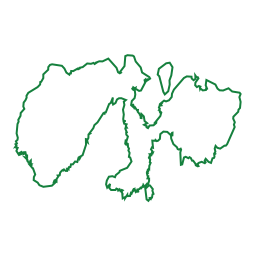 Banggai Kepulauan, Sulawesi Tengah, Indonesia
{"feature_id": "22746128B2571336805106", "entity_name": "Banggai Kepulauan", "entity_type": "district", "adm_level": 2, "iso_a3": "IDN", "parent_name": "Indonesia", "parent_adm1": "Sulawesi Tengah", "projection": "albers", "projection_center": [123.185, -1.399], "detail": "fine", "context": "isolated", "style": "outline", "palette": "green", "viewbox_px": 256, "rotation_deg": 0, "n_neighbors": 0, "source": "geoboundaries", "source_scale": "gbopen_adm2", "svg_char_len": 5841}
<svg xmlns="http://www.w3.org/2000/svg" viewBox="0 0 256 256"><path d="M127.5,55.2L125.3,56.1L124.5,66.1L120.2,71.7L121.0,72.6L119.8,73.3L118.1,72.3L116.5,67.8L108.3,58.6L102.5,61.4L99.3,61.3L95.2,62.9L96.1,63.0L94.6,64.0L93.6,62.9L91.0,63.8L87.2,63.5L82.7,67.1L79.4,67.8L78.9,68.3L79.4,67.9L80.3,67.7L79.7,68.5L78.0,69.3L77.5,69.1L78.3,68.2L73.2,71.1L71.2,71.0L70.9,73.3L70.2,73.2L69.4,74.7L66.4,72.6L64.4,68.5L61.9,65.8L52.1,64.3L50.0,64.9L48.3,67.1L48.2,69.7L43.3,74.4L43.3,78.1L41.2,81.8L40.3,82.0L40.1,84.5L37.6,87.1L28.3,92.8L26.5,95.8L26.6,97.7L25.4,100.3L23.7,102.5L23.3,106.5L24.3,108.9L20.7,113.0L20.5,115.9L18.3,119.8L18.6,121.7L17.5,124.0L16.6,133.5L17.8,137.7L17.5,139.8L15.9,141.3L16.9,143.5L15.5,144.2L16.3,145.4L15.4,146.8L16.5,146.4L16.5,147.9L17.6,148.0L16.4,150.9L19.0,155.0L20.7,154.3L19.5,153.0L21.5,151.9L22.3,153.1L23.3,152.6L23.4,154.2L24.6,153.5L23.5,152.8L23.7,152.3L25.4,152.2L26.0,155.1L27.1,155.4L27.1,157.4L24.9,157.2L27.4,159.8L28.2,159.6L27.2,160.2L27.5,161.2L30.5,164.5L30.0,163.1L30.4,163.1L30.2,161.1L30.8,160.5L30.8,164.1L31.6,164.2L30.9,165.1L32.1,166.0L30.2,165.4L32.7,168.4L32.8,167.7L35.2,174.5L33.9,177.0L33.7,180.1L37.7,182.6L39.4,185.2L43.4,186.8L51.9,185.7L55.7,182.2L54.9,181.2L54.0,181.6L54.4,180.5L55.1,180.1L56.5,181.3L56.6,179.0L58.4,176.3L57.8,175.5L59.7,175.2L60.2,172.5L62.1,170.4L63.0,169.9L62.9,170.5L63.9,170.8L63.2,170.1L64.0,169.5L65.6,170.9L67.1,170.9L67.1,169.7L68.2,169.6L67.4,168.6L68.7,168.4L69.3,166.3L69.4,167.2L70.4,167.0L71.0,164.3L72.9,164.3L75.1,161.5L77.3,162.0L78.6,157.5L79.2,157.1L79.7,158.6L81.0,156.1L82.6,155.2L86.0,144.8L85.9,139.1L86.8,139.3L86.9,141.7L87.6,142.3L87.1,140.4L88.4,138.0L88.5,134.5L90.2,133.5L89.6,133.1L93.3,128.2L94.4,125.1L97.5,122.4L103.4,113.2L104.5,113.7L104.7,112.5L105.8,112.4L109.1,104.0L110.7,103.0L112.9,97.5L112.4,101.8L113.1,104.5L115.5,103.0L117.0,99.5L118.9,98.3L121.3,98.2L125.9,100.0L123.8,101.7L124.4,104.9L123.0,109.7L123.8,114.5L123.2,119.1L123.6,120.7L125.7,121.1L123.6,121.5L124.2,123.7L126.6,124.3L125.8,125.9L126.8,127.7L125.6,127.7L125.3,128.7L126.8,132.2L126.2,132.4L126.3,134.6L127.9,136.5L126.3,141.8L125.8,139.5L125.2,143.7L125.9,144.4L126.3,142.9L127.8,143.8L128.0,146.9L129.0,148.7L128.4,150.4L129.6,152.9L128.9,156.9L130.2,157.5L131.5,161.5L127.2,167.8L119.8,170.8L119.4,172.2L115.8,175.1L115.0,177.2L112.4,176.2L108.9,176.7L106.8,180.6L106.1,184.3L107.2,187.6L110.1,183.9L109.3,188.0L111.1,190.0L115.5,190.0L116.4,188.6L117.8,189.2L118.2,190.5L119.6,189.3L120.4,191.0L121.7,189.9L122.7,190.4L121.5,191.5L122.4,193.6L123.2,193.4L122.3,194.2L122.7,198.4L125.1,197.1L125.1,198.2L127.3,194.8L127.4,196.1L130.0,196.0L130.9,193.0L131.6,193.6L132.6,191.1L134.0,190.4L133.0,190.3L133.7,189.0L134.4,188.8L134.2,189.9L135.1,188.9L134.2,190.6L134.9,190.1L135.8,192.1L137.2,191.0L138.5,192.3L137.6,189.5L139.5,189.1L140.5,187.7L141.3,188.2L142.7,186.0L142.7,186.9L143.1,186.9L143.4,185.1L145.1,187.1L146.6,199.4L148.4,200.8L149.4,199.2L150.4,199.2L149.8,198.0L150.8,197.8L150.7,198.5L152.0,197.6L152.5,194.4L153.5,193.9L152.4,190.7L152.8,189.1L150.0,185.5L149.0,185.3L146.8,187.4L145.9,185.1L147.1,183.7L148.0,184.6L149.1,180.8L149.1,178.5L147.5,178.4L148.3,176.2L147.5,175.8L147.0,173.6L147.7,173.2L146.9,172.2L147.4,171.1L148.3,172.3L147.8,169.8L148.7,168.8L149.2,169.2L149.3,165.9L150.6,162.9L149.8,162.4L150.2,159.5L148.9,157.8L149.3,156.8L149.5,156.6L149.1,157.7L149.9,158.3L149.7,156.0L151.0,155.5L149.8,154.2L152.4,153.8L153.0,152.4L151.9,152.5L152.3,151.1L151.0,149.3L152.0,147.3L153.0,147.7L152.3,140.6L155.2,140.8L155.5,140.0L156.7,141.1L157.9,140.8L159.9,138.9L160.3,134.1L163.4,131.6L167.3,131.9L170.3,134.7L171.6,134.2L171.6,133.6L172.1,132.8L172.5,132.7L172.4,135.4L171.0,135.8L171.2,138.6L173.4,144.1L176.9,147.2L177.7,149.1L179.0,149.6L180.7,148.7L181.1,149.6L180.3,152.5L180.9,164.8L182.2,164.4L184.0,157.5L185.7,156.8L188.4,158.2L189.5,157.2L190.8,158.0L192.1,160.7L193.2,160.7L195.4,163.7L195.8,165.3L197.7,166.3L198.5,166.1L197.5,163.9L198.9,162.8L201.7,161.8L204.8,163.2L205.6,162.4L204.7,160.6L205.7,158.8L208.6,161.9L211.0,162.9L212.5,158.3L214.0,157.9L214.5,156.7L214.2,154.6L215.1,153.9L214.3,153.4L215.4,151.7L214.7,148.6L215.6,145.9L217.3,147.8L220.2,148.6L224.4,145.7L225.8,145.7L227.1,144.2L234.7,127.0L233.9,124.7L234.8,122.2L233.2,118.7L233.4,116.7L238.2,111.8L238.5,109.7L240.0,108.0L240.6,101.9L239.4,97.1L240.6,94.0L239.6,92.7L232.2,91.5L228.5,88.3L223.1,90.5L219.6,90.3L217.5,88.6L215.4,84.5L206.4,80.0L205.7,85.3L207.4,89.5L206.2,88.3L205.9,90.0L202.8,90.4L200.2,88.3L200.2,88.7L200.1,88.9L199.9,87.7L200.4,86.6L198.8,86.0L196.9,87.1L195.2,85.3L195.4,82.6L198.4,78.4L197.8,77.2L196.5,77.1L195.3,75.4L195.5,78.8L193.6,80.2L191.7,78.5L191.5,76.7L186.8,76.4L183.9,78.0L173.9,89.6L172.0,93.7L171.7,97.0L169.0,100.3L166.0,101.4L164.1,100.6L159.9,104.1L159.7,105.3L162.4,102.5L160.7,104.9L161.2,105.4L159.6,105.7L158.9,107.6L159.8,108.6L159.4,109.4L160.3,109.1L159.4,109.7L159.9,112.0L160.4,112.8L160.8,112.0L161.3,112.5L160.3,116.1L155.3,122.2L156.3,122.1L156.2,123.0L153.5,125.3L149.6,125.5L148.0,128.1L146.6,127.3L146.7,126.2L144.1,124.8L147.2,123.2L144.6,121.1L143.8,116.4L141.6,114.2L141.5,118.1L140.7,118.0L140.5,115.1L139.5,115.7L140.2,114.8L137.7,111.7L137.9,110.0L136.9,110.1L135.0,107.3L134.3,107.9L133.2,104.8L132.4,105.0L133.0,106.8L131.1,105.1L131.8,101.0L134.6,98.1L135.3,94.6L134.8,90.5L133.0,89.6L131.8,88.1L133.0,88.6L133.3,87.3L134.8,88.3L135.5,87.9L135.3,88.6L139.1,90.9L141.0,90.5L146.1,80.8L145.0,81.1L145.1,80.4L144.6,80.3L144.4,79.4L144.7,80.1L145.5,79.4L145.7,80.5L147.3,79.6L147.3,80.4L150.1,78.6L149.3,77.1L142.1,72.5L140.7,67.4L135.7,61.5L134.0,56.5L132.7,55.6L127.5,55.2ZM171.3,75.4L172.5,67.2L169.7,62.7L166.2,63.3L158.9,68.8L157.7,74.6L159.3,76.3L163.3,91.8L164.8,94.4L168.2,91.3L169.7,84.6L169.5,80.3L171.3,75.4Z" fill="none" stroke="#15803d" stroke-width="2"/></svg>